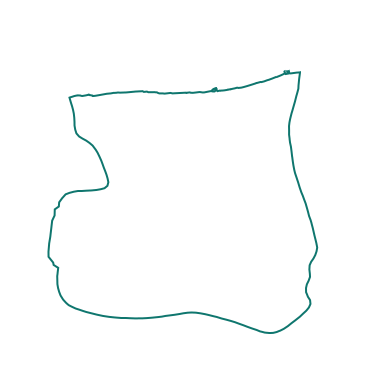 outline of Ash Shihr, Hadramawt, Yemen, rotated 193°
{"feature_id": "15242507B43236633783940", "entity_name": "Ash Shihr", "entity_type": "district", "adm_level": 2, "iso_a3": "YEM", "parent_name": "Yemen", "parent_adm1": "Hadramawt", "projection": "albers", "projection_center": [49.612, 14.934], "detail": "fine", "context": "isolated", "style": "outline", "palette": "teal", "viewbox_px": 384, "rotation_deg": 193, "n_neighbors": 0, "source": "geoboundaries", "source_scale": "gbopen_adm2", "svg_char_len": 5344}
<svg xmlns="http://www.w3.org/2000/svg" viewBox="0 0 384 384"><g transform="rotate(193 192 192)"><path d="M284.2,53.4L282.9,53.1L279.2,52.3L275.6,52.0L273.6,51.8L271.7,51.6L267.9,51.3L257.5,51.1L256.8,51.1L250.9,51.2L244.5,51.7L238.9,52.4L233.4,53.2L232.6,53.3L228.4,54.3L223.9,55.1L218.7,56.1L215.1,57.0L211.4,57.9L207.9,58.9L202.8,60.5L198.4,62.0L196.9,62.5L193.3,63.8L189.9,65.3L185.5,66.9L181.2,68.5L176.5,70.4L174.7,71.2L173.1,71.9L169.1,73.4L165.3,74.5L161.0,75.3L156.4,75.7L151.7,75.9L148.1,75.9L143.1,75.8L139.7,75.8L138.6,75.7L134.6,75.4L129.7,75.3L125.0,75.1L120.8,74.8L116.2,74.2L111.8,73.7L107.6,73.1L102.5,72.5L98.0,72.1L94.4,71.5L92.4,71.5L89.4,71.4L84.9,72.0L83.7,72.3L81.2,73.0L78.0,74.6L75.6,76.3L74.9,76.7L71.7,79.4L68.4,82.9L65.6,86.5L62.4,90.3L58.8,94.8L56.3,98.6L54.1,101.8L53.4,103.1L52.1,105.8L51.5,108.9L51.4,109.6L52.6,113.1L52.8,113.4L55.5,116.0L56.9,118.1L58.3,120.0L59.3,124.1L59.3,127.9L58.4,131.8L58.1,134.2L57.9,135.8L58.7,138.6L59.0,139.5L60.2,142.9L60.3,143.5L60.9,147.1L60.2,150.8L59.3,153.0L58.7,154.5L57.7,158.3L57.3,162.2L57.5,166.0L58.8,169.0L59.0,169.3L59.1,169.7L61.0,173.5L62.9,177.2L64.5,180.5L66.2,184.0L68.1,187.6L68.7,188.8L70.1,191.3L72.5,194.9L74.1,198.0L74.4,198.6L76.2,201.9L78.7,206.4L81.1,210.0L83.3,213.4L84.4,214.9L85.6,216.6L88.2,220.8L91.0,225.7L92.0,227.3L93.2,229.3L95.6,233.2L96.0,233.9L97.4,236.7L99.2,240.8L100.6,244.3L102.2,248.6L102.4,249.0L104.1,253.8L105.8,258.4L107.6,262.2L108.8,265.5L108.9,265.9L110.3,269.7L111.1,273.3L112.3,278.1L112.7,281.8L112.8,285.4L112.7,291.1L112.5,293.9L112.2,299.8L112.0,303.6L112.0,304.2L111.9,309.2L111.8,310.8L111.7,313.0L111.6,316.6L112.2,319.9L112.3,320.7L113.0,326.0L113.6,332.3L113.6,332.5L113.7,332.9L114.1,332.7L114.5,332.5L115.2,332.4L115.8,332.2L116.8,331.9L120.5,330.5L122.4,329.8L122.8,329.7L123.3,329.7L123.9,329.6L124.1,329.6L124.4,330.7L124.7,331.2L124.7,331.4L124.8,331.5L125.0,331.5L125.1,331.4L126.4,331.0L126.3,330.9L125.0,331.3L124.9,331.4L124.8,331.1L124.5,330.6L124.3,329.9L124.1,329.4L124.4,329.2L124.5,329.2L124.8,329.1L125.5,328.9L125.9,329.6L126.0,330.0L125.9,330.2L126.0,330.4L126.0,329.9L126.0,329.7L125.7,328.9L125.7,328.7L125.8,328.6L127.3,328.0L127.8,328.5L128.0,328.5L128.9,330.3L129.0,330.2L128.1,328.4L128.3,328.3L131.6,325.7L135.3,323.1L135.6,323.2L135.9,323.3L135.8,323.2L135.7,323.2L135.8,323.1L137.5,321.9L139.5,320.5L140.6,319.8L142.4,318.6L143.9,317.8L146.6,316.0L149.1,314.7L149.5,314.7L150.0,314.6L153.5,312.7L153.8,312.7L154.5,312.1L157.0,310.6L161.8,307.8L165.6,305.7L167.4,304.8L170.2,303.8L170.6,303.8L170.9,303.9L172.2,303.5L172.5,303.2L174.3,302.3L174.6,302.2L177.1,301.0L177.3,300.8L177.5,300.9L179.8,299.8L180.0,299.9L180.3,299.7L180.7,299.4L183.4,298.3L185.5,297.6L186.0,297.5L187.2,297.0L187.4,297.0L187.6,297.1L188.6,296.6L189.0,296.4L189.3,296.3L189.5,296.2L189.8,296.0L190.1,296.1L191.6,298.0L191.8,298.1L191.9,297.9L191.6,297.7L191.8,297.2L192.2,296.9L192.0,296.7L191.9,296.6L191.7,296.4L191.9,296.1L192.0,296.1L192.2,295.9L192.2,295.7L192.3,295.6L192.5,295.3L192.6,295.1L192.8,295.1L193.2,294.9L193.3,294.9L193.5,294.8L194.1,294.7L194.6,294.7L194.9,294.6L195.0,294.6L195.2,295.0L195.3,295.2L195.2,295.4L195.2,295.5L195.1,295.8L194.9,296.1L194.7,296.5L194.4,296.8L194.1,297.1L193.5,297.6L192.9,298.0L192.5,298.2L192.4,298.3L192.1,298.4L192.0,298.5L191.8,298.6L191.4,298.7L191.3,298.8L191.2,298.8L191.1,299.0L191.2,298.9L191.6,298.8L192.2,298.6L193.2,297.9L194.2,297.2L194.8,296.5L195.1,296.1L195.4,295.4L195.4,295.1L195.5,295.0L195.8,294.8L202.7,291.7L202.9,291.7L203.8,291.4L206.4,291.2L207.4,291.0L210.4,289.9L213.5,288.8L214.7,288.6L215.6,288.4L215.9,288.5L216.1,288.5L216.7,288.5L219.2,287.6L219.3,287.4L219.9,287.2L220.1,287.3L220.3,287.4L233.2,283.7L235.2,283.7L240.8,281.7L242.7,281.5L246.0,280.7L247.6,280.9L248.6,281.2L249.6,281.0L251.2,280.8L257.0,279.4L258.5,279.7L261.4,278.7L262.8,279.1L269.5,277.2L278.2,274.3L284.5,272.6L286.5,272.3L288.5,271.5L290.6,271.0L293.3,269.8L297.0,268.6L303.3,265.9L307.6,264.1L309.5,263.4L310.2,263.2L310.4,263.2L310.5,263.3L310.5,263.5L311.0,263.6L311.5,263.5L312.1,263.5L312.4,263.5L312.7,263.5L313.0,263.5L313.3,263.5L313.4,263.4L313.6,263.4L313.8,263.5L314.2,263.7L314.3,263.7L314.5,263.4L314.8,263.3L315.0,263.4L315.4,263.1L317.5,262.1L318.5,261.7L319.4,261.3L319.7,261.2L320.4,260.9L321.0,260.8L321.3,260.8L321.8,260.8L322.8,260.9L323.1,260.8L324.7,260.5L325.0,260.5L325.3,260.3L325.6,260.2L325.8,260.1L326.0,260.1L328.3,259.0L329.6,258.2L330.1,257.9L331.3,257.2L331.7,257.0L332.6,256.4L331.9,255.1L330.0,251.7L328.1,248.5L327.2,246.8L326.4,245.3L324.8,241.8L323.4,237.8L322.3,234.0L321.4,230.3L319.8,226.5L317.8,223.1L314.5,220.7L310.7,219.4L306.7,218.3L303.0,216.8L302.6,216.6L299.3,214.9L296.0,212.1L295.6,211.8L294.3,210.5L292.9,209.1L290.0,205.5L287.5,202.2L285.5,199.2L283.4,195.9L281.2,192.7L279.2,189.6L277.3,186.2L275.7,182.7L275.8,179.0L278.1,176.0L281.5,174.2L285.5,172.5L290.6,170.8L292.8,170.2L295.6,169.4L299.9,168.1L303.4,167.3L307.2,165.7L311.2,163.6L314.6,161.3L317.1,156.8L319.1,152.1L318.5,147.9L321.8,144.2L320.6,138.2L321.8,132.6L320.0,116.4L319.6,109.8L318.4,101.5L317.2,96.6L311.4,92.0L310.4,89.8L305.3,88.0L304.8,83.4L304.6,81.9L304.4,79.7L303.4,75.8L302.4,71.9L300.9,68.3L298.9,64.7L296.8,61.6L293.6,58.4L293.0,57.9L289.8,55.7L288.2,54.8L286.6,54.0L284.2,53.4Z" fill="none" stroke="#0f766e" stroke-width="2"/></g></svg>